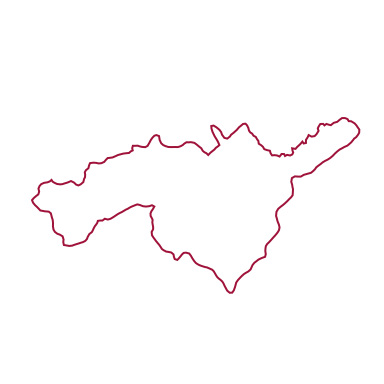 Uruana de Minas, Minas Gerais, Brazil, rotated 98°
{"feature_id": "56859067B46615656521391", "entity_name": "Uruana de Minas", "entity_type": "district", "adm_level": 2, "iso_a3": "BRA", "parent_name": "Brazil", "parent_adm1": "Minas Gerais", "projection": "orthographic", "projection_center": [-46.329, -16.099], "detail": "fine", "context": "isolated", "style": "outline", "palette": "rose", "viewbox_px": 384, "rotation_deg": 98, "n_neighbors": 0, "source": "geoboundaries", "source_scale": "gbopen_adm2", "svg_char_len": 4568}
<svg xmlns="http://www.w3.org/2000/svg" viewBox="0 0 384 384"><g transform="rotate(98 192 192)"><path d="M106.9,35.0L104.8,37.0L103.2,38.4L101.4,40.5L99.8,44.2L100.0,46.7L98.2,48.1L97.5,50.6L97.9,53.7L100.0,55.9L102.3,57.9L103.8,61.3L106.5,63.8L106.3,66.1L105.9,68.4L107.6,70.1L106.3,71.6L106.8,74.4L109.5,75.7L111.5,76.3L113.9,75.2L117.5,76.8L119.6,78.4L120.5,81.3L119.4,84.4L121.8,85.1L124.5,86.4L127.6,86.0L128.4,88.2L126.7,89.7L129.0,91.1L131.2,92.8L132.7,94.1L134.9,95.5L134.8,98.9L137.1,98.2L138.8,97.3L140.8,97.9L142.2,99.9L142.0,103.0L143.4,104.9L141.6,106.1L141.9,108.6L144.7,110.2L144.0,112.7L144.0,115.3L144.6,117.8L142.8,119.5L140.3,120.6L140.1,123.5L139.5,126.4L137.4,128.0L136.0,130.1L134.9,132.6L132.2,133.4L130.6,135.0L128.6,136.5L127.7,138.9L125.8,140.6L124.9,142.6L123.3,144.1L120.8,145.1L118.4,146.7L116.9,148.5L117.5,150.9L119.3,152.5L121.3,154.4L124.3,156.3L127.5,159.0L129.9,161.3L131.8,162.2L134.2,164.5L133.9,167.5L131.0,170.3L128.6,171.5L126.6,173.5L124.6,176.7L123.2,179.9L124.0,182.1L126.5,181.5L129.5,180.1L133.7,177.3L136.8,174.7L138.5,173.4L141.7,171.4L143.2,172.7L144.9,174.5L146.8,175.7L148.5,177.3L150.4,179.1L153.1,181.1L151.6,183.1L150.9,185.2L149.7,187.1L147.4,188.9L145.9,191.5L144.4,193.9L143.0,196.5L142.8,200.0L143.3,202.3L143.5,204.4L145.2,206.4L146.7,207.6L148.3,209.7L149.5,212.3L149.8,214.9L150.1,216.9L150.5,219.4L150.7,221.8L150.3,224.3L149.6,226.9L148.0,229.3L144.9,231.3L141.2,232.4L140.6,235.2L141.5,237.1L143.7,238.7L146.2,240.0L149.3,241.1L152.5,242.4L154.1,244.5L154.3,247.8L154.1,250.1L153.7,252.1L154.1,254.4L154.5,257.0L157.0,257.3L159.1,256.5L160.2,258.2L162.1,259.8L162.9,263.1L163.6,265.6L164.5,267.7L165.6,270.3L167.2,272.8L168.8,275.4L169.6,278.1L170.1,280.2L172.1,281.7L174.4,283.1L176.1,285.8L176.7,288.4L176.5,291.0L176.7,293.8L177.6,297.0L179.9,297.6L182.9,297.9L185.2,300.1L187.4,300.9L189.7,300.2L192.1,300.0L194.3,300.7L197.3,301.0L199.8,303.2L201.3,305.4L200.8,307.8L199.1,310.1L198.0,313.3L200.0,316.7L201.3,319.5L202.3,321.6L202.8,323.7L202.8,326.9L202.0,329.5L201.2,331.4L199.6,332.8L201.3,334.3L202.5,336.4L203.5,339.7L205.2,342.4L207.3,343.8L210.0,344.5L213.0,343.4L215.8,343.9L217.8,345.9L220.1,347.9L222.3,349.3L224.7,347.9L226.7,345.8L228.3,343.5L229.7,341.7L231.4,339.6L231.6,335.1L231.4,331.1L232.8,328.8L236.0,327.5L239.2,326.0L242.2,325.3L245.5,324.9L248.5,323.9L250.6,322.2L252.1,319.5L252.6,317.0L253.9,314.0L256.8,312.6L259.5,312.5L262.3,311.5L262.5,306.0L261.8,303.2L260.6,301.0L259.1,297.8L257.7,295.0L256.8,293.0L255.3,290.9L253.2,289.5L250.9,289.0L247.9,287.8L245.7,285.6L243.5,284.8L241.4,284.2L239.3,283.4L237.6,282.4L235.7,281.5L233.7,281.2L233.1,279.2L232.7,276.7L230.6,274.6L231.0,271.5L229.8,268.9L227.8,266.4L226.1,264.5L224.4,262.6L223.0,260.8L221.7,258.8L220.2,256.9L218.7,255.1L217.6,253.3L216.3,251.8L214.9,249.8L213.4,247.2L211.9,244.5L212.1,241.9L212.9,238.6L212.8,235.5L212.0,232.4L210.7,229.8L211.6,227.3L214.3,228.3L216.9,229.6L219.0,230.1L221.5,229.6L223.4,228.2L225.1,227.1L227.4,227.1L229.8,226.4L231.7,225.7L234.2,225.3L237.2,226.4L240.4,225.6L242.3,224.0L243.8,222.5L245.7,220.7L247.4,218.8L249.1,216.9L250.8,215.4L252.6,213.9L253.6,212.0L254.6,209.3L254.6,207.0L254.8,204.1L256.4,201.6L258.4,201.0L260.8,199.8L261.3,197.1L259.7,195.9L257.3,194.4L255.2,193.2L253.5,191.8L252.9,189.6L253.3,186.2L255.3,184.2L257.4,182.6L259.9,180.4L261.7,178.4L262.7,176.4L263.4,174.5L264.0,171.7L264.5,168.6L264.6,166.6L265.4,163.8L266.1,161.3L267.4,159.5L269.4,157.9L271.1,156.6L272.6,155.3L273.9,153.6L275.0,151.6L276.4,149.6L278.0,148.2L280.5,146.6L282.4,145.2L284.8,143.4L286.5,140.7L286.1,138.2L283.6,136.9L280.8,136.3L278.9,136.0L275.5,135.6L272.9,134.3L271.0,133.0L268.5,131.2L266.1,129.2L264.7,127.6L262.8,125.1L260.5,123.2L258.1,122.5L256.0,121.9L253.4,120.4L251.3,118.3L249.6,116.7L247.7,113.8L246.0,110.6L243.3,110.3L240.2,111.2L237.2,111.4L235.2,111.3L233.0,110.3L231.4,109.0L229.1,107.4L225.8,105.2L223.3,103.5L221.2,102.2L219.3,101.2L217.4,100.5L214.8,100.4L212.2,101.4L209.1,103.2L206.4,104.3L204.0,105.4L199.8,105.6L196.7,104.3L194.3,102.2L191.9,99.8L189.8,98.0L187.7,96.3L185.4,94.7L183.7,93.3L181.2,91.9L178.1,92.1L175.1,92.4L173.0,93.2L170.9,93.8L168.1,95.1L164.3,95.0L162.2,92.3L162.0,89.4L161.6,86.4L159.4,83.6L158.0,80.4L156.4,76.8L154.1,74.7L152.2,73.3L150.3,72.4L148.6,70.8L146.3,68.4L144.4,66.7L142.5,64.3L141.0,62.1L139.0,59.8L136.5,57.6L134.0,55.8L131.6,53.8L129.3,51.6L128.0,49.7L126.2,47.4L124.4,44.5L122.7,43.0L120.6,41.2L118.3,39.8L116.5,38.8L114.9,37.1L112.5,35.7L110.1,34.7L106.9,35.0Z" fill="none" stroke="#9f1239" stroke-width="2"/></g></svg>